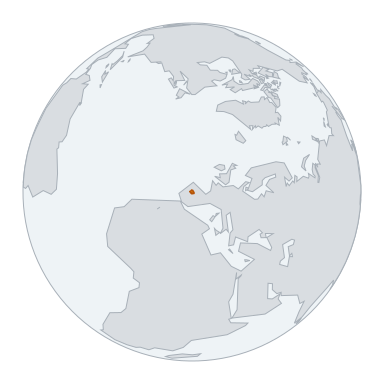 globe centered on Salamanca, rotated 54°
{"feature_id": "ESP-5841", "entity_name": "Salamanca", "entity_type": "Autonomous Community", "adm_level": 1, "iso_a3": "ESP", "parent_name": "Spain", "parent_adm1": "", "projection": "orthographic", "projection_center": [-6.114, 40.774], "detail": "fine", "context": "on_globe", "style": "filled", "palette": "amber", "viewbox_px": 384, "rotation_deg": 54, "n_neighbors": 0, "source": "natural_earth", "source_scale": "10m", "svg_char_len": 10474}
<svg xmlns="http://www.w3.org/2000/svg" viewBox="0 0 384 384"><g transform="rotate(54 192 192)"><circle cx="192" cy="192" r="169" fill="#eef3f6" stroke="#a8b0b8"/><path d="M55.2,291.1L49.0,280.7L45.4,274.1L38.5,261.1L29.6,233.8L30.0,229.0L29.0,223.3L32.6,219.2L32.9,207.1L32.0,203.2L30.3,204.7L28.3,189.6L29.4,178.7L32.9,138.4L35.3,131.4L38.5,125.0L56.0,94.6L40.9,118.3L44.5,110.7L50.5,100.8L50.9,100.8L59.9,88.8L65.5,81.7L78.5,69.4L93.1,61.5L89.0,64.8L93.0,62.9L98.3,58.8L100.8,56.6L121.7,47.5L140.3,38.5L143.1,35.5L144.9,36.6L148.1,31.3L156.2,28.1L148.9,31.9L149.6,32.6L156.1,30.4L158.2,30.6L162.5,29.8L164.4,30.5L160.0,33.1L161.2,33.8L165.7,32.2L170.5,32.2L163.7,34.3L171.4,34.7L165.4,40.1L145.7,46.9L144.1,51.9L128.6,64.5L131.9,64.4L128.0,69.8L130.3,71.8L126.8,74.0L131.7,73.8L134.5,71.5L137.5,70.7L139.2,71.8L134.9,74.6L133.5,74.5L133.1,75.9L130.3,76.9L132.6,77.0L127.3,80.6L134.9,78.8L132.6,83.1L128.4,85.0L125.9,82.5L109.9,82.0L104.9,83.8L100.4,88.6L98.3,102.1L94.0,105.4L90.4,111.6L94.0,110.6L98.2,105.5L104.2,105.6L108.6,99.8L111.7,99.2L117.4,94.5L119.7,97.9L118.8,103.9L114.2,108.1L113.8,110.9L120.7,109.4L114.7,120.0L115.0,132.2L113.1,134.9L104.7,135.2L98.1,128.6L87.2,130.6L97.5,132.3L92.5,139.6L93.0,142.2L95.2,143.7L98.3,142.2L97.3,145.5L86.8,144.7L87.5,141.7L90.9,141.8L87.7,139.0L80.6,139.2L78.6,143.3L69.9,140.6L68.4,143.6L65.7,144.9L68.7,140.2L63.1,148.9L52.6,149.3L44.9,164.6L49.0,148.7L48.4,143.3L46.9,138.5L45.5,140.9L45.4,132.4L42.0,131.0L35.9,140.0L32.1,151.1L32.7,159.2L35.1,156.6L36.8,161.2L30.8,170.2L33.0,181.7L30.0,190.4L30.0,198.2L32.3,201.6L34.3,208.8L37.4,206.6L41.7,208.9L40.1,216.9L43.8,212.6L45.2,219.4L54.7,229.2L53.6,230.2L61.3,247.7L72.4,260.2L75.0,267.6L73.4,270.1L77.8,273.9L77.9,276.1L98.0,289.9L110.1,300.1L111.1,307.3L103.4,311.5L102.5,323.8L90.4,320.8L91.3,324.5L88.9,325.6L81.0,319.4L85.5,323.2L74.5,313.4L64.3,302.7L55.2,291.1ZM42.2,168.9L45.0,186.3L41.2,181.2L42.3,181.1L42.1,175.6L40.9,167.9L38.2,164.1L42.2,168.9ZM48.5,165.7L47.9,163.3L48.8,165.1L48.5,165.7ZM101.6,55.7L98.2,58.7L92.6,62.5L95.2,59.9L101.6,55.7ZM112.5,49.4L111.5,50.6L107.2,52.1L109.1,50.9L112.5,49.4ZM144.6,33.5L141.4,34.9L143.8,33.5L144.6,33.5ZM162.8,29.6L163.0,29.2L165.1,29.0L162.8,29.6ZM115.7,93.1L116.5,93.8L115.0,94.3L115.7,93.1ZM117.4,90.5L115.1,90.5L115.6,89.3L117.0,89.3L117.4,90.5ZM170.1,30.0L173.5,30.0L169.3,30.4L170.1,30.0ZM120.1,90.7L116.7,87.1L117.6,85.0L123.7,83.4L120.1,90.7ZM174.9,30.3L183.2,30.7L184.4,29.7L185.5,33.2L178.2,31.4L172.8,32.0L175.5,31.0L174.9,30.3ZM134.6,70.3L131.7,72.8L132.7,69.7L134.6,70.3ZM134.5,68.5L132.9,61.0L138.0,58.1L137.5,61.1L142.9,56.8L146.2,59.1L143.9,61.9L140.0,63.3L144.2,63.2L134.5,68.5ZM184.9,35.3L186.2,35.9L183.9,35.8L184.9,35.3ZM138.8,70.2L138.1,68.8L142.4,66.1L144.8,68.5L142.6,68.6L138.8,70.2ZM142.7,54.7L146.4,53.3L150.0,54.7L151.9,54.4L146.7,58.9L142.7,54.7ZM142.4,69.7L145.8,69.8L145.2,72.1L139.9,71.4L142.4,69.7ZM142.6,64.5L144.8,63.4L144.3,64.8L142.6,64.5ZM145.1,80.8L144.1,78.9L146.2,77.4L145.1,80.8ZM147.1,69.6L147.3,68.9L148.1,68.1L150.1,68.6L147.1,69.6ZM149.6,59.7L150.3,60.7L151.9,57.9L154.7,59.1L150.7,61.9L153.6,61.2L154.5,61.6L150.2,63.5L149.6,59.7ZM154.5,67.0L150.3,71.4L151.7,75.0L149.8,76.5L147.9,70.4L154.5,67.0ZM152.3,64.7L153.2,66.4L150.4,67.2L148.1,66.6L152.3,64.7ZM158.0,58.9L154.8,56.4L155.8,55.9L158.0,58.9ZM155.4,67.8L156.4,66.8L155.8,68.0L155.4,67.8ZM157.9,61.4L156.6,60.5L157.7,60.0L157.9,61.4ZM159.4,65.5L158.1,66.9L156.4,66.4L159.4,65.5ZM159.2,63.5L161.1,62.9L156.7,65.5L158.4,63.2L159.2,63.5ZM159.2,61.0L159.4,60.4L159.5,61.5L159.2,61.0ZM166.4,66.6L161.2,69.9L157.6,68.8L163.1,65.7L166.4,66.6ZM291.9,55.8L292.6,56.3L289.7,54.2L296.8,59.8L292.9,57.1L300.3,63.1L301.8,63.9L297.0,59.7L305.1,66.5L314.8,76.0L323.7,86.1L331.7,97.0L338.8,108.4L345.0,120.4L350.2,132.8L349.3,130.5L351.8,137.7L349.8,133.0L346.5,129.2L349.0,139.6L354.2,163.5L357.8,176.6L358.3,186.3L351.8,175.8L346.3,165.5L345.6,170.3L337.5,167.1L328.2,180.8L325.5,178.8L324.1,183.1L318.2,184.4L313.5,180.8L310.5,184.1L322.7,193.5L325.7,189.9L326.2,180.8L329.2,185.2L334.7,185.1L333.7,204.6L317.5,233.8L313.7,224.7L289.3,205.6L288.7,201.8L288.5,201.4L288.1,200.8L288.3,207.5L283.3,203.2L298.8,218.9L302.4,226.9L317.4,234.6L316.5,237.1L320.6,237.5L330.9,223.8L331.5,227.2L328.1,247.5L311.7,279.8L312.6,290.4L309.2,300.9L296.1,313.8L294.3,319.6L287.1,325.1L284.8,328.6L277.3,334.4L266.1,341.2L250.0,346.9L251.3,344.7L246.7,341.8L241.4,329.4L247.8,320.3L247.4,314.0L235.5,301.1L238.2,291.1L234.5,287.8L227.1,290.1L222.4,285.9L217.7,286.4L186.5,292.2L175.6,285.7L159.4,264.0L164.0,255.5L162.5,244.9L192.4,206.8L201.5,208.3L228.2,198.8L232.0,199.5L231.8,208.8L254.1,213.7L257.9,204.7L275.2,203.9L284.9,198.8L283.2,181.1L267.3,189.2L261.7,182.7L272.1,169.5L285.5,162.8L283.7,160.1L272.8,158.2L273.4,150.8L268.7,157.0L272.5,158.8L269.6,163.0L266.1,161.7L266.4,159.0L261.7,159.7L261.2,173.0L264.9,176.2L254.0,183.2L259.2,189.4L257.1,194.0L247.6,185.3L246.6,181.1L230.9,173.1L230.9,178.0L245.7,186.1L242.2,186.3L242.3,193.8L239.5,188.2L223.3,178.7L211.8,184.2L201.4,203.9L193.8,206.2L185.4,203.4L184.9,185.2L202.0,182.2L202.1,176.3L195.0,168.7L200.8,168.6L200.0,165.4L206.1,163.9L211.0,154.8L216.7,152.7L215.2,142.5L217.9,140.2L218.0,146.8L221.1,150.5L234.7,145.7L236.4,142.9L234.3,136.8L238.3,136.5L234.6,131.3L240.7,126.2L230.1,128.3L227.4,121.9L229.2,115.5L226.4,114.0L223.4,124.4L224.0,128.4L227.5,131.0L227.3,142.9L223.4,146.0L216.3,135.5L210.0,139.1L207.3,129.9L216.9,106.3L222.7,100.3L239.5,102.6L240.2,107.1L234.4,108.4L242.9,112.6L240.7,109.7L244.0,109.6L242.3,104.0L244.6,103.8L239.0,99.0L241.6,98.1L245.1,101.1L244.7,92.7L249.2,89.7L248.0,88.0L245.4,86.9L252.8,84.2L251.6,83.1L248.7,83.5L244.5,81.6L239.8,77.4L242.6,76.6L244.7,78.1L253.2,80.2L258.2,84.5L258.9,83.8L255.2,80.0L244.8,77.3L241.2,75.0L246.1,75.6L244.1,75.2L243.1,73.8L244.9,71.9L239.5,71.1L225.7,58.8L227.7,54.3L233.6,55.9L226.9,47.9L229.6,44.4L227.0,44.7L222.0,41.6L221.1,42.6L219.4,42.6L206.2,36.2L205.3,34.4L196.6,32.8L195.2,33.1L195.4,34.2L185.5,33.2L184.4,29.7L187.5,29.2L184.7,27.6L192.3,27.0L197.3,26.1L207.2,26.8L210.3,26.4L208.8,25.9L211.8,25.2L223.3,26.2L220.6,27.5L204.7,28.3L211.8,27.9L212.1,28.8L215.8,29.2L220.6,29.1L220.0,28.6L237.7,34.0L253.1,37.9L247.3,34.7L247.6,33.9L260.1,37.6L286.0,51.6L286.2,51.8L291.9,55.8ZM185.4,226.8L185.3,230.2L185.4,226.8ZM302.1,163.7L308.6,158.5L301.5,151.2L303.4,148.7L300.3,147.3L301.0,150.7L292.8,146.3L294.1,140.9L291.2,137.3L288.9,139.0L287.8,149.6L299.5,155.8L299.8,161.1L302.1,163.7ZM55.1,229.4L56.0,232.1L54.4,230.6L55.1,229.4ZM39.5,183.7L40.6,186.1L40.8,188.5L39.7,187.2L39.5,183.7ZM51.9,202.1L53.8,205.2L51.3,203.4L51.9,202.1ZM45.7,188.8L50.4,199.9L45.7,197.3L42.9,190.4L45.5,193.2L45.7,188.8ZM45.6,169.3L46.1,171.3L45.2,172.3L45.6,169.3ZM49.2,167.0L48.9,166.6L49.1,164.7L49.2,167.0ZM93.1,139.6L93.9,139.8L95.6,141.9L93.8,142.0L93.1,139.6ZM109.3,145.4L107.2,150.6L107.4,146.8L104.5,147.8L101.2,141.3L111.9,135.9L107.7,139.4L109.3,145.4ZM99.8,131.6L100.6,136.0L99.2,131.4L99.8,131.6ZM189.5,150.1L192.8,151.8L192.1,155.8L185.0,159.5L185.8,153.6L189.5,150.1ZM197.5,153.3L192.5,142.5L196.8,140.1L195.2,143.2L198.5,142.7L196.9,147.6L205.9,156.4L205.9,160.6L192.6,164.4L197.0,160.7L193.5,159.1L197.5,153.3ZM172.3,122.5L170.2,118.7L182.1,118.3L182.7,121.9L175.6,125.6L170.7,123.4L172.3,122.5ZM131.5,88.9L129.9,88.2L131.0,87.3L133.3,87.2L131.5,88.9ZM144.4,80.1L139.6,91.5L137.5,91.1L137.1,98.7L131.6,100.9L132.0,95.8L127.4,103.4L125.6,99.7L123.1,105.0L124.7,93.5L122.8,90.7L127.0,92.9L132.2,90.9L133.8,89.3L137.2,82.7L135.8,76.2L140.7,73.6L144.6,73.5L145.6,74.6L142.1,75.9L146.1,76.5L141.8,79.3L144.4,80.1ZM186.6,78.6L182.0,78.7L189.3,82.1L185.1,84.2L186.2,84.5L184.3,87.4L183.9,91.6L181.5,92.1L182.4,93.6L181.1,95.7L181.5,97.9L177.4,99.7L177.6,102.6L175.6,101.8L176.9,106.4L174.1,103.8L172.2,106.6L175.9,107.7L153.1,113.7L145.7,118.9L141.0,124.9L136.8,120.1L138.4,111.7L143.4,102.8L151.2,98.7L147.9,97.5L150.6,95.3L152.1,97.2L151.4,93.0L154.1,91.7L158.5,84.9L155.9,80.1L157.5,77.7L159.8,79.0L159.7,75.7L165.2,76.5L166.4,74.9L173.0,74.2L176.8,77.9L177.9,75.8L182.9,75.5L186.6,78.6ZM168.3,66.6L173.7,70.1L174.1,73.1L162.4,73.0L160.6,74.4L153.1,74.8L152.7,70.6L154.9,70.8L156.9,70.1L156.2,71.7L158.3,69.8L161.3,70.2L163.8,68.9L164.9,70.3L168.3,66.6ZM234.6,195.2L237.2,194.9L240.9,193.4L241.1,198.2L234.6,195.2ZM223.5,188.9L225.6,187.8L227.6,193.5L224.9,194.0L223.5,188.9ZM225.0,182.5L225.5,187.3L223.6,185.0L225.0,182.5ZM219.8,145.5L221.9,144.1L222.8,145.4L222.4,147.9L219.8,145.5ZM207.2,90.6L204.6,89.8L204.7,88.9L200.6,85.1L203.5,83.5L207.0,85.1L207.2,90.6ZM281.5,185.4L279.7,189.9L277.8,189.2L278.8,187.8L281.5,185.4ZM260.2,195.1L265.9,195.0L260.2,196.4L260.2,195.1ZM209.6,88.2L207.6,86.8L210.2,86.8L209.6,88.2ZM205.3,82.2L208.1,81.9L203.3,82.9L205.3,82.2ZM328.1,284.2L314.7,305.9L309.6,310.1L310.8,306.6L317.3,295.0L324.0,287.3L327.9,280.1L328.1,284.2ZM358.1,177.3L359.8,181.9L359.7,185.5L358.1,177.3ZM230.7,74.8L233.3,81.6L237.0,86.0L242.0,87.4L236.0,88.6L230.3,81.8L230.7,74.8ZM226.1,60.7L221.7,59.9L222.8,58.6L223.9,58.6L226.1,60.7ZM224.0,61.3L220.1,63.5L217.1,62.0L220.8,60.6L224.0,61.3ZM215.1,75.3L215.6,77.3L213.5,77.1L215.1,75.3ZM257.0,36.1L254.6,35.1L252.3,34.2L257.0,36.1ZM251.2,33.8L253.2,34.7L245.8,33.6L243.0,33.0L246.2,32.3L248.3,33.1L250.9,33.9L251.2,33.8ZM187.4,35.3L186.3,35.9L186.1,35.1L187.4,35.3ZM219.1,43.2L216.8,43.0L216.6,42.0L219.1,43.2ZM210.4,42.0L212.1,43.3L209.1,42.2L210.4,42.0ZM216.3,46.3L212.3,44.0L217.8,45.8L216.3,46.3Z" fill="#d9dde1" stroke="#a8b0b8" stroke-width="1"/><path d="M190.3,193.5L190.3,193.4L190.5,193.2L190.4,193.2L190.4,192.9L190.4,192.7L190.4,192.4L190.4,192.2L190.4,191.9L190.4,191.7L190.3,191.4L190.2,191.3L190.2,191.2L190.4,191.2L190.5,191.1L190.6,190.9L190.7,190.7L190.8,190.6L191.0,190.5L191.2,190.4L191.5,190.5L192.0,190.8L192.0,190.7L192.2,190.8L192.3,190.9L192.4,190.7L192.5,190.6L192.9,190.7L193.0,190.6L193.3,190.7L193.4,190.8L193.6,190.8L193.7,191.0L193.8,191.0L193.8,190.9L193.9,190.7L193.9,190.8L194.0,190.8L194.2,191.0L194.3,191.3L194.2,191.4L194.2,191.5L194.1,191.8L194.0,192.0L193.9,192.1L193.7,192.3L193.6,192.5L193.3,192.6L193.5,192.7L193.5,192.9L193.4,192.9L193.4,193.0L193.2,193.0L193.2,192.9L193.0,193.0L192.9,193.1L193.0,193.1L193.0,193.3L192.9,193.4L192.7,193.4L192.5,193.5L192.4,193.5L192.4,193.4L192.2,193.3L192.0,193.2L191.9,193.0L191.9,192.9L191.7,192.9L191.6,193.0L191.4,193.1L191.2,193.2L191.0,193.3L191.0,193.5L190.9,193.5L190.7,193.5L190.4,193.6L190.3,193.5Z" fill="#f59e0b" stroke="#b45309" stroke-width="1.5"/></g></svg>